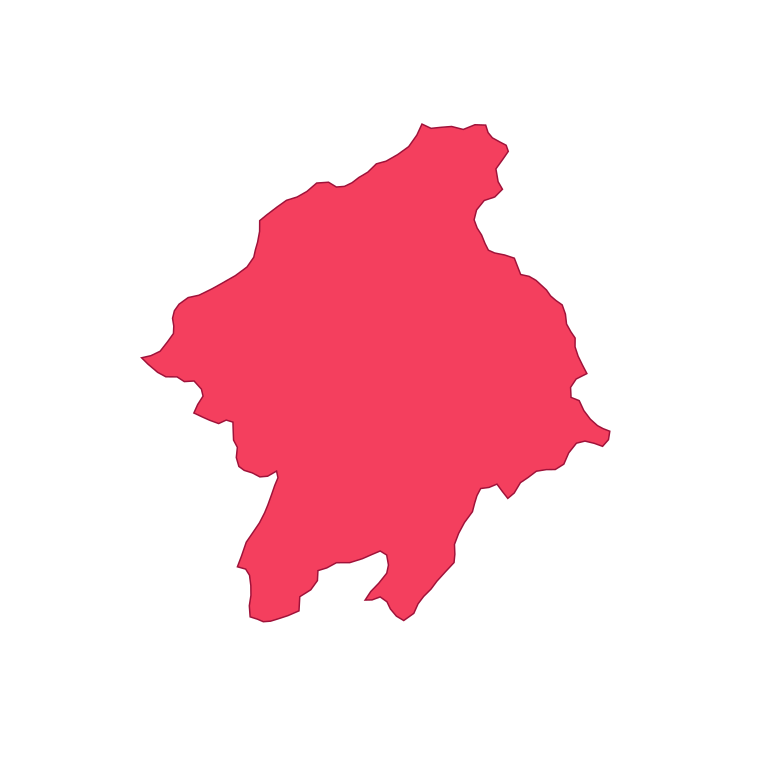 outline of Estiva, Minas Gerais, Brazil, rotated 219°
{"feature_id": "56859067B45558803897902", "entity_name": "Estiva", "entity_type": "district", "adm_level": 2, "iso_a3": "BRA", "parent_name": "Brazil", "parent_adm1": "Minas Gerais", "projection": "equal_earth", "projection_center": [-46.02, -22.455], "detail": "fine", "context": "isolated", "style": "filled", "palette": "rose", "viewbox_px": 768, "rotation_deg": 219, "n_neighbors": 0, "source": "geoboundaries", "source_scale": "gbopen_adm2", "svg_char_len": 2475}
<svg xmlns="http://www.w3.org/2000/svg" viewBox="0 0 768 768"><g transform="rotate(219 384 384)"><path d="M178.8,489.4L185.6,487.2L191.9,486.0L201.5,486.5L212.0,489.1L221.8,493.9L230.2,491.3L236.9,498.8L237.8,508.8L232.9,519.8L241.9,523.7L250.7,527.8L258.9,533.1L264.4,540.0L271.7,542.2L279.9,545.5L287.0,552.5L295.3,557.6L302.9,557.1L310.0,557.3L316.9,559.3L331.1,560.2L338.9,559.0L346.7,555.1L354.4,559.5L361.9,563.8L371.4,560.2L380.6,555.4L387.1,553.7L394.0,556.8L401.9,561.2L409.7,563.8L417.3,568.3L421.6,577.5L421.6,589.7L415.6,599.1L414.5,609.9L422.6,613.0L432.4,621.6L433.1,633.7L433.8,643.0L439.3,646.4L446.8,644.9L454.7,643.5L461.4,644.9L467.9,649.2L476.5,642.7L482.6,631.7L493.5,626.7L501.3,619.3L508.3,612.3L518.1,609.9L515.1,598.1L514.2,584.0L517.8,570.8L522.6,558.5L528.5,550.3L529.9,538.4L533.5,528.7L535.5,520.3L539.1,512.7L545.0,507.1L554.1,505.9L562.8,497.8L565.1,485.1L569.3,474.5L575.4,465.4L578.4,454.6L581.5,441.9L583.4,432.7L576.7,424.3L571.5,414.7L568.5,407.6L565.0,400.6L564.1,388.8L567.7,374.7L571.0,366.3L573.9,358.8L577.8,349.2L583.7,336.5L590.6,327.9L593.5,317.1L593.0,309.0L589.7,302.0L583.8,296.7L579.4,290.7L578.8,280.6L578.6,268.6L583.0,259.3L588.9,251.8L580.1,250.9L567.3,250.6L558.1,252.3L549.3,259.3L540.7,260.2L533.5,266.8L522.7,265.1L517.0,260.7L515.9,250.9L513.5,241.8L504.6,244.0L496.7,246.1L487.6,249.2L483.9,256.7L477.4,259.3L471.8,252.8L465.6,245.7L458.1,242.5L452.5,233.9L444.9,228.6L438.3,228.9L430.5,232.0L422.0,233.7L416.4,239.1L412.7,248.7L407.4,244.4L405.1,236.5L401.9,227.7L398.2,217.1L395.7,208.7L393.4,197.7L392.4,185.9L391.5,174.4L386.5,160.7L382.9,149.7L375.0,153.1L368.1,150.7L360.6,143.5L354.4,136.0L349.1,126.9L341.5,118.8L334.3,121.6L328.2,123.3L322.9,128.3L318.8,134.4L312.9,143.5L307.3,154.2L315.6,165.7L311.4,178.0L312.0,189.3L317.9,197.4L312.7,205.1L308.5,215.2L298.2,223.6L290.9,234.6L286.1,243.9L281.9,251.8L274.3,252.8L266.6,246.1L262.8,238.7L262.7,225.9L263.7,214.4L262.7,204.2L257.4,208.7L253.0,216.1L244.6,216.6L237.5,213.2L228.3,211.4L219.8,212.6L216.5,224.5L219.2,234.6L219.5,243.9L218.4,254.2L218.8,264.1L218.1,276.4L217.2,289.3L221.8,296.3L228.3,303.7L232.0,314.9L234.3,327.0L234.9,340.4L238.5,348.3L241.5,355.7L243.1,363.6L237.3,369.7L233.2,377.3L224.5,375.0L215.8,373.0L214.2,381.2L215.9,393.2L213.2,402.0L210.7,412.1L204.0,419.6L197.1,425.3L193.8,434.9L197.1,446.7L197.2,459.1L191.9,466.1L183.3,470.2L174.9,473.1L174.5,482.0L178.8,489.4Z" fill="#f43f5e" stroke="#9f1239" stroke-width="1.5"/></g></svg>